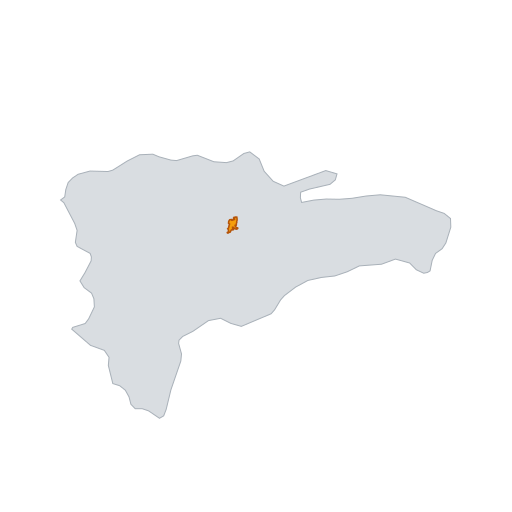 Fantino, Sánchez Ramírez, Dominican Republic shown in context, rotated 344°
{"feature_id": "3306468B63590922856333", "entity_name": "Fantino", "entity_type": "district", "adm_level": 2, "iso_a3": "DOM", "parent_name": "Dominican Republic", "parent_adm1": "Sánchez Ramírez", "projection": "albers", "projection_center": [-70.302, 19.098], "detail": "fine", "context": "in_parent", "style": "filled", "palette": "amber", "viewbox_px": 512, "rotation_deg": 344, "n_neighbors": 0, "source": "geoboundaries", "source_scale": "gbopen_adm2", "svg_char_len": 3967}
<svg xmlns="http://www.w3.org/2000/svg" viewBox="0 0 512 512"><g transform="rotate(344 256 256)"><path d="M83.2,339.2L83.9,320.5L86.8,312.9L84.2,304.9L72.3,296.3L65.1,285.3L58.7,275.5L60.2,274.1L73.2,273.8L77.8,270.3L86.6,260.4L88.4,252.4L87.7,246.4L82.1,239.1L79.9,231.4L87.0,224.9L96.2,215.2L97.5,211.5L97.3,207.8L86.7,197.5L86.1,193.1L91.1,182.1L90.7,174.7L86.0,151.8L83.6,148.3L88.4,146.5L91.5,139.7L95.7,133.6L101.3,130.4L107.5,128.4L119.9,128.6L137.0,134.0L141.9,134.0L158.4,129.2L172.0,126.6L184.9,129.7L190.1,133.9L200.7,140.4L206.0,142.4L222.8,142.3L227.4,143.0L241.5,153.8L253.3,158.1L260.2,158.3L272.6,154.1L278.7,154.2L285.8,163.6L287.2,176.8L293.1,188.9L302.1,196.5L346.6,193.1L356.5,199.4L353.2,204.7L346.9,207.5L325.7,206.4L316.5,207.0L314.7,212.3L314.6,217.1L327.0,218.2L339.2,220.6L351.6,224.4L364.2,227.0L378.4,228.7L392.3,231.4L415.7,240.7L441.7,262.1L448.6,266.9L453.3,273.6L451.2,282.0L442.1,295.8L436.9,300.3L429.3,303.0L424.2,308.7L419.2,318.3L416.2,319.1L412.5,318.8L406.3,313.4L401.8,305.1L389.2,297.4L374.4,298.5L352.6,294.0L339.4,296.3L326.2,296.9L312.7,294.6L299.1,293.8L285.5,296.8L272.4,301.9L267.5,305.0L259.1,312.8L254.6,315.7L222.5,319.6L213.3,313.9L204.8,306.1L192.5,305.0L174.6,311.0L163.4,313.1L158.8,315.7L157.5,318.7L157.4,329.6L154.8,336.2L137.3,361.2L127.3,378.8L123.2,384.2L118.5,385.4L110.0,375.2L104.5,371.4L97.8,369.5L94.9,364.1L95.1,356.4L93.4,349.0L89.2,343.1L83.2,339.2Z" fill="#d9dde1" stroke="#a8b0b8" stroke-width="1"/><path d="M247.5,212.9L247.2,212.9L246.9,213.0L246.7,213.1L246.4,213.2L246.2,213.1L245.9,212.8L245.8,212.7L245.7,212.7L245.5,212.8L245.4,212.8L245.2,213.1L244.8,213.3L244.7,213.4L244.7,213.5L244.8,213.8L245.0,214.0L245.4,214.2L245.5,214.3L245.6,214.5L245.5,214.8L245.4,214.8L245.0,215.0L244.7,215.1L244.4,215.1L244.2,215.0L244.0,214.9L243.8,214.8L243.6,214.8L243.4,214.9L243.1,215.1L242.7,215.1L242.5,214.9L242.6,214.6L242.6,214.4L242.4,214.3L242.4,214.2L242.2,214.2L241.9,214.1L241.5,214.0L241.3,213.9L241.0,213.9L240.9,213.9L240.5,214.0L240.3,214.3L240.1,214.5L239.9,214.7L239.6,214.8L239.4,215.0L239.2,215.3L239.2,215.6L239.1,215.9L238.9,216.1L238.8,216.4L238.7,216.6L238.6,216.8L238.6,217.0L238.8,217.3L239.2,217.7L239.3,217.8L239.4,218.0L239.2,218.3L238.8,218.8L238.6,219.0L238.5,219.3L238.3,219.6L238.2,220.0L237.9,220.3L237.8,220.5L237.7,220.6L237.6,220.8L237.6,221.1L237.5,221.3L237.4,221.4L237.3,221.5L237.0,221.6L236.6,221.8L236.3,222.0L236.5,222.4L236.6,222.6L236.6,222.8L236.7,223.3L236.6,223.7L236.6,223.9L236.6,224.0L236.4,224.2L236.4,224.4L236.3,224.8L236.2,225.0L235.8,225.2L235.7,225.3L235.1,225.4L234.9,225.4L234.8,225.5L234.8,225.8L234.9,226.0L235.0,226.1L235.3,226.2L235.4,226.3L235.5,226.3L235.7,226.2L235.9,226.1L236.1,225.9L236.3,225.8L236.5,225.8L236.8,225.8L237.0,226.0L237.4,226.0L237.6,226.0L237.7,225.9L237.8,225.8L238.0,225.7L239.0,224.6L239.2,224.4L239.4,224.3L239.5,224.2L239.8,224.1L240.1,224.2L240.5,224.4L240.9,224.5L241.1,224.5L241.3,224.5L241.5,224.5L241.6,224.4L241.7,224.2L241.8,224.1L241.7,224.0L241.7,223.9L241.6,223.7L241.3,223.3L241.2,223.2L241.1,222.9L241.1,222.7L241.4,222.2L241.4,221.9L241.7,221.9L241.8,222.0L242.1,222.2L242.2,222.4L242.3,222.5L242.5,222.9L242.6,223.1L242.8,223.4L242.8,223.5L243.0,223.6L243.1,223.8L243.3,224.0L243.6,224.2L243.8,224.3L244.0,224.5L244.3,224.8L245.3,224.8L245.6,224.8L245.8,224.7L246.1,224.4L246.2,224.2L246.1,223.9L245.6,223.6L245.2,223.5L245.1,223.4L245.0,223.2L244.9,223.0L244.8,222.8L244.7,222.5L244.6,222.3L244.4,221.9L244.3,221.6L244.3,221.4L244.3,221.1L244.3,220.9L244.4,220.7L244.5,220.7L244.8,220.7L244.9,220.8L245.0,220.9L245.1,221.0L245.3,221.1L245.5,221.0L245.6,220.9L245.8,220.3L245.9,220.1L246.0,219.8L246.0,219.6L246.3,219.0L246.7,218.6L246.8,218.4L246.8,218.2L246.9,217.7L247.1,217.3L247.4,216.9L247.8,216.1L247.9,215.5L248.0,215.2L248.1,214.9L248.1,214.7L248.2,214.1L248.2,213.9L248.2,213.6L248.3,213.4L248.1,213.3L247.8,213.3L247.5,212.9Z" fill="#f59e0b" stroke="#b45309" stroke-width="1.5"/></g></svg>